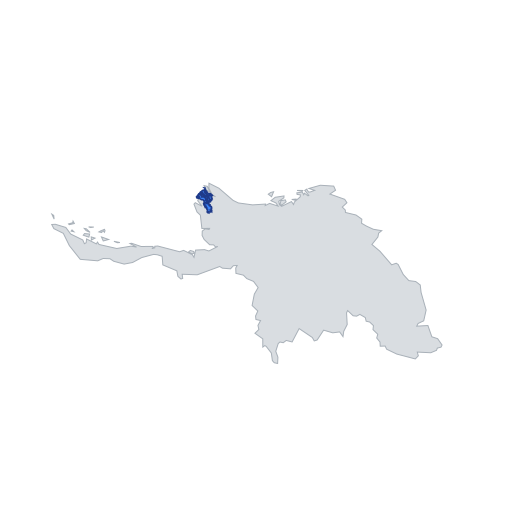 Labutta, Ayeyarwady, Myanmar (highlighted), rotated 111°
{"feature_id": "60261553B3473904040713", "entity_name": "Labutta", "entity_type": "district", "adm_level": 2, "iso_a3": "MMR", "parent_name": "Myanmar", "parent_adm1": "Ayeyarwady", "projection": "albers", "projection_center": [95.041, 16.149], "detail": "fine", "context": "in_parent", "style": "filled", "palette": "blue", "viewbox_px": 512, "rotation_deg": 111, "n_neighbors": 0, "source": "geoboundaries", "source_scale": "gbopen_adm2", "svg_char_len": 9488}
<svg xmlns="http://www.w3.org/2000/svg" viewBox="0 0 512 512"><g transform="rotate(111 256 256)"><path d="M328.5,229.3L323.6,227.0L320.1,229.3L314.6,228.6L315.3,233.3L312.2,234.9L306.7,234.6L303.6,241.9L292.2,243.9L284.7,242.7L280.6,249.2L280.4,256.5L278.4,260.9L279.4,268.5L274.5,270.6L271.6,270.2L273.2,273.7L277.1,275.2L279.4,283.0L278.8,286.1L294.6,304.1L299.5,318.4L303.2,316.4L304.4,317.8L303.0,321.6L298.2,324.6L297.7,339.8L289.9,343.5L290.2,348.6L291.2,352.2L298.4,362.1L306.3,368.9L310.8,376.2L311.9,386.9L310.9,391.4L313.1,397.8L317.2,402.0L322.1,418.9L313.2,434.0L303.9,444.0L302.9,454.5L299.8,458.0L298.3,454.7L297.5,443.8L301.9,436.9L303.1,423.5L306.0,420.6L304.5,419.3L300.8,420.3L301.9,409.4L299.8,409.0L301.5,406.7L298.9,388.7L291.6,376.2L290.5,370.7L289.5,378.1L288.7,376.7L288.3,366.7L284.1,355.9L284.5,354.9L286.4,355.8L284.6,353.4L283.2,354.0L281.9,351.3L279.4,328.8L276.7,325.6L277.6,315.9L279.5,313.4L272.1,314.5L268.5,306.3L268.2,301.8L260.8,295.1L262.0,297.2L260.8,299.5L262.1,303.3L259.1,310.4L256.1,313.7L252.0,315.1L248.8,313.1L248.1,309.3L246.8,309.2L249.7,316.4L237.8,322.6L236.0,326.9L229.8,332.5L228.0,331.8L228.9,324.2L225.3,330.2L220.3,330.4L219.2,322.3L217.2,327.0L214.3,328.5L215.2,315.0L214.4,318.9L209.6,324.3L204.9,326.0L206.0,314.9L212.3,297.3L212.8,291.5L209.5,277.5L204.1,265.7L205.6,265.5L202.0,262.1L201.5,253.3L199.3,256.5L199.0,261.9L194.3,259.1L189.9,251.4L191.7,250.8L196.8,254.4L199.7,252.4L200.5,249.9L192.5,242.4L194.5,239.4L191.8,239.5L184.9,235.9L183.0,236.5L183.8,239.7L182.4,240.5L179.7,235.7L181.7,233.4L180.0,233.3L181.2,229.0L180.5,228.4L177.3,234.0L175.4,232.6L177.5,229.8L176.7,228.2L173.7,224.8L174.0,230.8L166.9,221.3L162.9,208.5L166.1,205.3L171.7,209.2L171.3,193.5L173.7,190.2L179.4,193.0L181.1,189.1L183.3,188.1L181.9,177.3L183.7,170.4L187.6,169.2L188.5,163.6L189.0,156.1L187.3,147.7L190.7,149.7L194.6,149.0L203.7,151.9L207.1,142.1L215.6,126.2L212.5,122.5L213.0,120.2L220.5,111.9L224.2,104.5L222.6,97.8L224.2,92.3L230.9,88.8L245.5,77.8L256.4,76.2L260.9,80.5L263.9,80.8L259.3,70.6L268.4,62.9L268.1,56.8L272.4,50.4L274.8,50.6L277.0,53.7L279.4,53.7L283.7,58.2L287.9,71.0L291.0,68.7L295.0,70.4L297.1,89.4L296.2,100.6L293.8,103.2L295.7,107.7L291.9,109.4L289.3,113.9L285.4,114.3L282.8,120.4L278.9,121.4L276.9,126.2L277.4,129.8L274.3,131.9L273.3,138.1L276.1,140.5L277.0,143.9L274.1,150.9L276.6,151.1L287.3,146.3L294.9,147.1L300.1,145.9L296.9,150.7L300.2,156.8L301.0,166.3L312.5,168.8L314.4,171.2L311.9,174.2L308.3,189.7L323.3,191.5L324.0,197.5L327.2,199.5L327.7,202.8L329.8,203.9L337.9,203.4L342.6,199.3L348.6,197.3L349.1,200.7L347.8,203.2L341.1,206.9L336.7,214.1L336.5,215.7L338.6,217.0L330.9,220.0L328.5,229.3ZM194.6,247.3L199.4,250.2L198.5,252.3L195.4,252.5L193.1,248.7L194.6,247.3ZM293.4,399.5L296.7,404.0L293.6,407.1L293.4,399.5ZM193.9,266.7L191.4,265.0L189.7,262.6L195.1,262.7L193.9,266.7ZM298.3,418.8L298.5,424.7L296.5,424.1L295.1,419.2L298.3,418.8ZM212.2,325.9L208.9,329.7L208.4,326.5L213.0,321.8L212.2,325.9ZM276.4,320.4L274.4,319.3L274.1,315.8L275.6,314.8L276.9,316.5L276.4,320.4ZM291.8,426.2L291.4,424.2L293.4,419.4L293.2,423.6L291.8,426.2ZM290.8,437.2L293.7,441.6L293.2,442.5L290.6,439.0L289.0,439.3L290.8,437.2ZM300.1,415.4L297.2,416.7L297.0,412.7L300.1,415.4ZM293.9,457.7L290.1,461.6L290.6,459.4L293.9,457.7ZM178.9,236.3L180.1,241.2L177.9,235.4L178.9,236.3ZM293.3,390.2L293.2,393.9L292.2,387.9L293.3,390.2ZM190.0,239.8L190.4,242.9L188.3,238.6L190.0,239.8ZM289.8,411.3L287.6,409.5L288.3,408.2L289.4,408.5L289.8,411.3ZM288.2,406.0L286.8,408.5L285.4,407.0L286.5,406.0L288.2,406.0ZM288.7,420.6L288.8,422.7L287.1,417.8L288.7,420.6ZM217.3,330.4L215.8,330.3L217.8,327.9L218.1,328.8L217.3,330.4ZM299.0,437.5L297.6,437.1L298.6,434.7L299.0,437.5Z" fill="#d9dde1" stroke="#a8b0b8" stroke-width="1"/><path d="M227.4,322.3L227.7,321.8L227.6,321.1L228.0,321.3L228.3,321.2L228.2,321.5L228.4,321.4L228.2,320.9L228.4,320.7L228.6,320.3L228.5,320.2L228.2,320.1L228.4,320.0L228.4,319.8L228.6,319.9L228.5,319.6L228.7,319.3L228.9,319.4L229.1,319.3L229.3,319.3L229.4,319.0L229.5,319.0L229.7,318.3L229.8,318.4L230.0,318.4L230.3,318.4L230.6,317.8L230.9,317.7L231.1,317.4L231.3,317.3L231.4,317.5L231.6,317.5L231.8,317.5L232.0,317.5L232.2,317.0L232.5,317.2L232.7,316.6L232.9,316.5L232.9,316.3L232.7,316.2L232.7,315.8L232.2,316.3L231.7,316.4L231.8,316.1L231.6,315.9L231.7,315.5L231.3,314.9L231.5,314.6L230.9,314.3L230.8,313.7L230.5,313.8L230.4,314.1L230.2,314.3L229.8,314.9L229.7,314.3L230.0,313.9L230.3,313.3L229.4,313.6L229.4,314.2L229.1,314.4L228.8,314.4L228.6,314.7L228.1,314.8L228.1,314.7L228.3,314.6L227.8,314.7L227.7,314.4L227.2,314.7L226.9,314.6L226.5,315.0L225.9,315.3L225.6,316.4L225.7,316.5L226.1,316.4L226.1,316.6L225.6,317.0L225.1,317.1L225.5,317.5L225.6,317.9L225.5,318.0L225.1,317.8L224.5,317.8L224.4,318.0L224.4,318.4L224.1,318.6L224.0,318.9L224.0,319.2L224.6,319.8L224.4,320.4L224.7,321.0L224.2,321.6L224.5,322.6L224.5,322.9L224.3,323.3L224.3,323.7L225.1,323.6L225.0,323.4L224.8,323.4L224.7,323.2L225.0,323.1L224.7,323.3L225.1,323.3L225.3,323.1L225.4,322.7L225.9,322.4L225.8,322.6L225.5,322.7L225.2,323.6L225.7,323.8L227.0,322.9L227.3,322.3L227.4,322.3ZM223.9,323.8L224.4,322.6L224.0,322.0L224.0,321.7L224.2,321.3L224.7,321.0L224.3,320.6L224.3,320.4L224.5,319.8L224.1,319.6L224.0,319.3L223.9,319.3L224.1,319.8L223.8,319.9L223.5,320.5L223.3,320.6L223.2,320.8L223.0,321.0L222.9,321.4L222.6,321.5L222.5,322.2L221.8,322.7L222.0,323.2L221.8,323.3L220.7,323.2L220.5,323.3L220.1,324.4L219.9,324.5L219.3,324.6L219.8,325.5L219.7,325.8L219.2,326.3L218.7,326.4L217.7,327.4L217.7,327.7L217.8,327.9L218.1,327.7L217.9,327.9L217.9,328.2L218.3,328.7L218.3,329.2L218.3,329.5L218.0,329.8L218.2,330.1L218.8,330.2L218.8,329.4L218.6,329.1L218.6,328.6L219.6,327.8L220.3,327.7L220.3,327.4L220.4,327.5L220.4,327.8L219.6,328.0L218.7,328.8L219.0,329.3L219.1,330.1L218.9,330.4L218.4,330.5L218.0,330.7L218.0,331.2L218.3,331.7L218.5,331.8L219.5,331.9L219.8,331.7L219.9,332.1L220.4,332.1L220.7,332.0L221.2,331.6L221.1,331.2L221.1,330.6L221.0,329.9L221.1,329.7L221.3,329.6L221.7,329.8L222.0,329.7L222.3,329.8L222.4,330.0L222.5,329.8L223.0,327.1L222.6,325.9L222.6,325.3L223.1,324.6L223.9,323.8ZM220.3,319.0L220.7,318.4L220.7,317.9L220.1,317.6L220.1,317.9L219.9,317.8L219.7,317.9L219.5,318.0L219.4,318.2L219.2,317.7L218.8,317.8L218.7,317.6L218.5,317.9L218.2,317.9L218.1,317.6L217.9,317.6L217.8,318.0L217.5,318.3L217.1,318.3L216.8,318.6L216.7,318.9L216.8,319.0L216.3,319.2L216.1,319.2L215.7,318.9L215.6,318.7L215.1,318.3L214.9,318.6L214.8,319.6L214.3,320.3L214.2,320.8L214.4,320.7L214.8,320.8L214.8,320.6L215.0,320.9L215.2,320.7L215.3,320.7L215.2,320.5L215.3,320.6L215.0,320.9L214.9,320.6L214.8,320.8L214.5,320.7L214.2,320.8L214.5,321.6L215.2,321.5L215.5,321.7L215.6,321.2L216.2,321.3L216.2,320.8L215.9,320.8L215.8,320.6L216.3,320.0L216.2,320.2L215.9,320.6L216.0,320.8L216.3,320.8L216.3,321.2L216.2,321.3L215.7,321.3L215.6,321.7L215.5,321.8L215.2,321.6L214.7,321.8L214.7,322.1L214.6,322.9L214.6,323.5L214.1,324.6L213.5,325.5L212.8,326.3L212.7,326.6L211.9,327.1L212.0,327.5L212.5,327.8L212.8,327.6L213.7,327.2L214.8,326.4L214.8,326.1L214.9,325.8L215.0,325.6L215.3,325.3L215.5,324.7L216.2,324.3L216.2,323.4L216.7,323.1L217.2,321.7L217.5,321.5L217.9,321.5L218.0,321.0L218.2,320.9L218.6,320.8L218.9,320.1L219.6,319.9L219.8,319.7L219.9,319.3L220.3,319.0ZM222.5,319.0L222.4,318.8L221.8,318.5L221.8,318.1L221.5,318.0L221.5,317.9L221.4,317.9L221.4,318.0L221.2,318.0L220.9,318.1L221.0,318.2L220.9,318.4L221.1,318.5L221.1,319.0L221.0,319.3L220.9,319.3L220.9,319.1L220.6,319.0L220.1,319.3L219.8,319.7L218.9,320.1L218.8,320.5L218.8,320.8L218.7,321.0L218.6,321.4L218.4,321.0L218.2,321.0L218.0,321.6L217.7,321.7L217.4,321.7L216.9,323.2L216.3,323.5L216.5,324.0L216.9,324.1L217.0,324.2L216.5,324.1L216.2,324.5L215.9,324.8L215.7,325.2L215.7,325.7L215.6,326.0L214.5,327.2L213.1,327.9L213.1,328.3L213.9,329.4L214.7,329.9L215.5,329.6L216.5,327.8L217.4,327.0L217.2,326.6L217.2,326.4L217.9,325.2L218.0,324.8L218.0,323.8L218.6,322.3L219.3,321.8L220.4,321.6L221.7,320.5L222.2,319.3L222.4,319.0L222.5,319.0ZM223.9,319.3L223.5,319.3L223.6,319.5L222.8,320.3L222.6,320.1L222.7,319.9L222.7,319.7L222.4,319.3L222.3,319.5L222.0,320.4L220.7,321.8L220.4,322.0L219.0,322.2L218.4,323.7L218.8,325.1L218.9,326.1L219.1,326.2L219.7,325.6L219.3,325.0L219.2,324.7L219.4,324.4L219.9,324.3L220.5,323.1L221.8,323.2L221.7,322.7L222.4,322.1L222.6,321.4L222.8,321.3L223.2,320.6L223.5,320.4L223.8,319.9L224.0,319.8L223.8,319.4L223.9,319.3ZM217.6,329.9L218.2,329.3L217.8,328.7L217.5,327.7L217.2,327.9L216.7,328.8L216.6,329.4L216.1,330.0L215.9,330.0L215.8,329.9L215.8,330.2L216.0,330.8L217.4,331.1L217.5,331.0L217.5,330.5L217.6,329.9ZM221.7,329.8L221.2,329.7L221.1,329.9L221.2,330.8L221.1,331.2L221.4,331.4L222.2,330.8L222.4,330.1L222.3,329.8L222.0,329.7L221.7,329.8ZM217.5,326.8L218.3,326.1L218.4,325.8L218.4,325.2L218.3,324.9L218.0,324.8L218.0,325.2L217.2,326.5L217.5,326.8ZM222.3,332.8L222.9,332.2L222.7,332.0L222.0,332.4L222.3,332.8L222.5,332.8L222.3,332.8ZM214.9,326.3L215.4,325.9L215.5,325.7L215.4,325.3L214.9,325.8L215.0,326.1L214.8,326.2L214.9,326.3ZM213.3,325.4L213.9,324.6L214.0,324.2L213.2,325.3L213.3,325.4ZM222.9,330.5L222.9,330.2L222.9,329.9L222.7,330.4L222.9,330.5ZM218.2,329.0L218.2,328.6L217.9,328.4L218.0,328.7L218.2,329.0ZM211.0,327.9L210.9,327.9L211.0,328.4L211.2,327.9L211.0,328.1L211.0,327.9ZM214.7,319.7L214.7,319.3L214.6,319.6L214.7,319.7ZM214.4,323.4L214.3,323.6L214.4,323.4ZM214.2,320.3L214.4,320.0L214.2,320.3L214.2,320.3Z" fill="#3b82f6" stroke="#1e3a8a" stroke-width="1.5"/></g></svg>